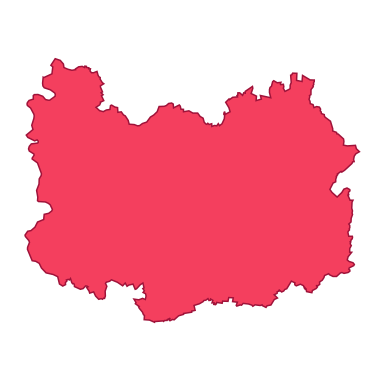 the district of Callan-Thomastown Lea-6, Kilkenny, Ireland, rotated 181°
{"feature_id": "5873133B16918470579073", "entity_name": "Callan-Thomastown Lea-6", "entity_type": "district", "adm_level": 2, "iso_a3": "IRL", "parent_name": "Ireland", "parent_adm1": "Kilkenny", "projection": "albers", "projection_center": [-7.206, 52.516], "detail": "fine", "context": "isolated", "style": "filled", "palette": "rose", "viewbox_px": 384, "rotation_deg": 181, "n_neighbors": 0, "source": "geoboundaries", "source_scale": "gbopen_adm2", "svg_char_len": 5868}
<svg xmlns="http://www.w3.org/2000/svg" viewBox="0 0 384 384"><g transform="rotate(181 192 192)"><path d="M331.1,322.9L335.3,316.2L333.4,314.7L334.1,307.7L342.2,303.8L342.8,304.2L343.3,298.1L342.9,295.4L341.5,293.6L335.4,291.7L331.1,288.7L330.4,287.4L330.6,285.3L335.9,281.3L337.4,281.3L340.1,281.9L342.9,285.1L347.7,286.8L351.4,286.6L352.4,285.6L352.3,282.1L356.5,280.7L358.1,278.6L358.5,277.1L358.1,275.6L354.9,273.2L351.5,267.1L351.1,265.4L351.4,262.7L353.4,255.9L352.1,251.7L358.7,246.0L357.1,243.7L350.2,240.4L347.8,241.4L346.6,240.1L346.7,238.7L347.4,238.2L353.5,237.3L355.5,234.8L356.2,232.2L355.4,230.1L350.8,227.3L350.5,226.1L352.4,223.1L352.4,222.2L347.0,218.4L342.9,207.9L343.0,206.0L345.0,202.4L345.1,197.2L347.4,190.9L346.1,184.1L346.3,180.6L345.3,179.8L338.5,179.5L335.5,178.2L333.6,176.8L331.3,172.2L331.9,170.6L334.9,168.2L339.4,167.1L339.8,161.9L345.9,159.3L348.4,154.1L352.3,150.6L355.6,149.9L358.2,146.0L357.8,144.6L354.3,140.6L353.6,138.8L355.4,133.9L355.5,131.8L350.6,120.5L347.1,120.0L343.5,118.0L341.2,113.4L336.5,108.6L329.4,107.1L324.8,105.0L322.9,97.7L319.6,95.7L316.8,97.2L317.0,99.2L315.5,100.9L316.0,101.9L314.2,102.5L313.1,101.9L312.0,103.4L310.6,99.2L309.6,98.1L308.7,98.4L308.0,97.2L307.9,95.4L301.9,92.8L299.2,93.5L296.8,96.2L295.4,96.1L294.3,95.4L295.6,94.6L293.2,91.1L292.5,89.1L288.6,90.4L286.6,86.3L283.4,83.1L280.9,83.8L279.6,83.2L278.5,84.3L277.6,84.1L276.8,86.5L277.1,91.4L275.5,96.2L276.9,99.1L276.1,100.3L272.8,101.3L271.0,102.8L264.9,100.4L259.7,97.0L257.2,99.8L255.3,96.6L253.6,97.8L249.4,98.9L247.1,93.7L245.8,94.2L242.1,98.4L239.5,100.1L238.3,95.3L239.5,94.6L237.9,92.4L239.2,90.7L236.7,89.5L236.1,87.2L236.8,83.7L239.5,84.8L243.3,83.3L248.2,83.9L246.1,80.6L246.7,79.3L243.1,76.8L243.5,76.6L242.7,74.8L239.5,71.1L238.4,68.5L237.4,67.7L237.6,63.5L232.2,63.2L227.2,61.1L227.1,61.8L218.8,62.6L218.1,62.1L217.4,63.0L214.6,63.2L214.5,64.0L211.5,65.5L212.8,63.7L211.8,62.9L209.3,64.2L207.6,63.9L203.2,68.0L198.3,69.5L198.3,70.4L190.2,71.8L190.2,72.9L186.8,73.7L188.0,78.6L182.6,80.4L179.0,82.6L178.3,83.7L176.2,84.1L174.2,85.7L173.1,83.8L171.6,84.1L171.5,85.3L169.2,84.0L170.1,81.5L168.1,81.6L168.3,80.0L166.7,79.8L166.7,80.5L165.7,80.5L165.4,82.0L159.9,81.3L159.5,83.4L154.1,83.3L153.4,87.1L148.9,86.9L149.5,83.1L144.7,82.6L145.8,79.4L145.2,78.7L141.9,79.9L140.5,79.7L138.9,81.5L133.5,81.0L130.1,79.9L129.2,78.8L127.0,80.3L121.9,79.7L120.0,80.4L119.8,79.7L116.0,77.9L114.9,79.6L111.1,80.4L107.9,85.9L104.7,87.5L108.0,90.7L105.1,92.2L105.1,93.8L103.0,94.5L103.4,95.1L103.1,95.5L100.6,93.6L98.6,94.6L97.5,96.2L95.6,96.9L91.1,104.6L87.5,103.0L87.7,101.7L87.3,100.7L86.1,100.0L82.0,101.7L79.6,100.6L78.9,100.2L78.1,98.2L77.7,98.6L77.1,97.8L77.5,97.5L77.1,96.7L76.3,97.0L75.7,94.4L70.4,93.4L69.9,95.6L66.1,97.7L64.9,99.3L66.3,100.8L65.0,100.3L62.7,101.8L62.9,104.2L60.2,106.1L58.6,108.7L58.0,110.8L53.9,112.7L53.2,111.7L49.5,110.0L46.0,110.1L42.3,113.6L40.7,114.1L38.6,113.3L34.6,114.2L32.8,115.5L32.8,116.7L33.9,117.5L33.4,118.9L29.0,121.2L28.4,122.4L29.8,124.1L33.8,125.3L35.6,126.8L34.8,130.0L31.3,134.5L33.3,134.6L33.3,138.3L31.8,141.2L32.7,142.5L32.9,143.6L32.5,144.1L33.0,145.0L32.4,145.3L32.0,147.1L31.0,147.9L30.7,149.6L30.9,150.5L34.5,150.5L35.4,154.2L35.2,155.3L33.9,156.8L34.1,158.0L33.6,159.0L33.7,161.4L34.7,162.7L32.5,164.8L32.4,168.4L31.1,172.4L31.6,173.7L31.2,175.9L32.0,178.6L31.8,184.7L30.9,186.6L33.8,186.5L36.1,191.6L35.2,192.0L35.6,192.9L35.4,194.7L34.1,195.9L34.3,197.2L37.1,198.7L40.2,197.5L42.2,194.1L46.8,189.5L52.0,194.0L54.2,197.0L51.1,203.4L48.5,204.7L48.5,207.3L47.7,209.8L48.0,210.2L46.6,211.9L47.0,212.5L43.3,215.2L42.6,214.5L39.8,216.4L32.5,223.4L32.0,224.9L30.4,225.2L31.0,227.3L30.4,230.7L28.8,233.1L25.3,235.2L28.4,238.1L29.4,241.5L37.5,240.8L41.4,241.5L41.0,245.2L41.4,247.7L46.9,252.5L48.2,252.7L48.5,254.1L52.4,255.5L52.4,257.7L54.8,265.2L60.2,269.1L60.9,270.1L61.1,271.7L64.0,272.7L64.2,274.3L65.2,275.4L64.9,277.1L66.1,279.1L68.9,279.6L71.5,278.5L72.5,281.5L75.3,282.4L75.6,284.8L76.6,286.7L75.9,289.2L76.2,290.5L74.8,291.4L74.8,296.5L72.6,299.4L72.9,300.2L72.1,301.8L72.4,303.2L71.7,304.5L71.7,306.1L75.8,306.1L83.5,310.5L83.9,304.4L89.4,305.4L89.2,312.5L94.0,312.6L93.6,312.5L94.2,311.0L95.4,310.5L94.7,303.2L95.7,300.5L95.7,297.3L96.2,296.6L100.8,294.2L102.5,297.4L102.0,298.7L102.5,301.3L105.2,300.9L105.6,301.6L105.0,303.2L108.7,302.7L112.2,304.7L113.3,303.7L114.4,299.1L115.8,297.9L116.3,295.9L116.3,292.9L114.9,287.6L125.3,289.7L124.3,286.1L129.5,284.5L129.2,289.0L134.6,291.5L133.0,296.8L133.4,298.6L140.6,293.5L140.5,291.8L142.0,292.1L143.1,289.5L146.0,292.0L147.8,292.0L148.0,289.3L148.7,289.2L148.2,287.9L153.0,287.4L156.1,285.0L156.6,285.7L159.9,282.3L156.6,277.0L155.3,272.9L160.0,270.3L160.7,272.5L161.2,272.3L161.6,270.4L160.7,269.1L161.0,265.7L163.2,260.7L165.7,258.8L166.9,260.8L168.4,258.6L170.7,258.9L173.3,257.9L173.5,260.6L176.1,259.8L177.4,261.0L178.4,259.9L179.1,260.1L181.0,261.9L182.2,266.0L185.2,267.7L187.7,271.0L192.5,270.9L196.5,273.1L201.9,272.1L202.0,274.5L204.5,274.6L205.2,277.6L206.2,278.8L211.9,275.8L212.3,279.6L213.9,280.6L216.9,280.1L219.2,278.0L221.2,277.2L226.4,276.9L228.2,271.7L231.6,268.3L234.9,266.2L238.5,261.1L242.8,259.6L245.5,257.5L247.6,257.2L250.9,258.4L256.0,258.7L257.0,262.4L260.0,266.9L261.9,267.9L264.1,270.9L267.5,270.4L267.9,275.1L270.6,275.6L273.9,277.5L275.0,277.0L275.5,273.1L279.1,272.5L282.1,270.8L285.8,271.7L289.5,275.0L285.8,277.5L285.0,279.6L285.2,280.2L281.8,281.8L284.2,286.7L282.6,287.7L284.6,289.6L283.2,290.5L285.3,295.1L285.5,296.5L282.1,298.7L283.6,299.8L285.8,303.2L285.8,304.9L287.1,305.6L288.0,307.2L289.1,310.9L292.6,309.5L294.6,309.5L296.1,311.3L295.7,313.4L297.4,313.4L297.3,314.4L299.7,314.7L299.8,315.8L301.3,316.0L301.6,314.6L304.0,315.7L307.5,315.2L310.7,313.0L310.5,312.3L314.2,311.6L318.3,312.6L322.2,314.2L322.8,317.7L326.0,321.3L331.1,322.9Z" fill="#f43f5e" stroke="#9f1239" stroke-width="1.5"/></g></svg>